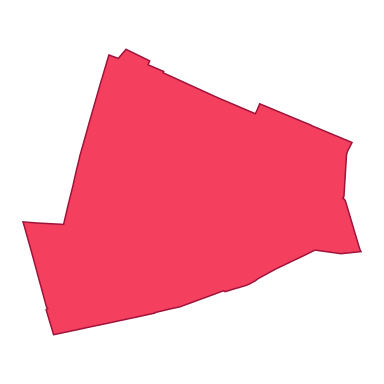 Cazasu, Braila, Romania
{"feature_id": "2599482B82277665245942", "entity_name": "Cazasu", "entity_type": "district", "adm_level": 2, "iso_a3": "ROU", "parent_name": "Romania", "parent_adm1": "Braila", "projection": "natural_earth1", "projection_center": [27.883, 45.271], "detail": "fine", "context": "isolated", "style": "filled", "palette": "rose", "viewbox_px": 384, "rotation_deg": 0, "n_neighbors": 0, "source": "geoboundaries", "source_scale": "gbopen_adm2", "svg_char_len": 1338}
<svg xmlns="http://www.w3.org/2000/svg" viewBox="0 0 384 384"><path d="M361.0,251.6L360.1,250.0L359.5,248.0L358.8,246.0L353.1,226.8L346.4,204.2L345.4,200.9L345.0,200.1L344.4,199.4L343.7,198.8L343.0,198.6L343.0,197.8L343.4,197.7L343.6,197.3L343.8,196.6L343.9,196.3L344.0,195.6L346.5,155.3L347.0,152.9L348.0,150.4L352.0,142.5L331.9,134.1L320.4,129.3L311.8,125.7L311.4,125.4L310.8,125.0L305.4,122.8L304.3,122.4L301.2,121.1L291.6,117.1L259.7,103.8L257.0,110.3L255.3,113.7L223.6,100.2L220.0,98.7L214.0,96.0L163.1,72.8L163.7,71.5L148.1,64.8L149.7,60.9L126.0,49.3L118.3,58.4L108.9,55.0L101.9,78.6L100.5,83.2L97.4,94.0L94.3,104.8L92.8,110.1L89.5,121.5L85.8,134.8L79.5,157.1L79.5,157.7L76.5,169.7L72.8,186.3L71.7,190.6L67.6,207.1L63.6,224.4L54.1,223.9L40.7,223.2L34.4,222.8L23.0,221.9L24.3,226.2L31.3,251.2L38.9,279.1L46.5,307.0L47.7,308.5L46.1,309.6L47.4,314.0L53.6,334.7L54.1,334.6L57.0,334.0L58.9,333.6L64.6,332.4L65.6,332.2L86.5,327.7L113.5,322.0L125.6,319.4L141.1,316.1L154.8,313.1L155.4,312.5L169.1,309.2L179.7,306.9L183.0,305.7L197.1,300.5L222.6,291.1L224.2,290.9L225.1,291.7L236.4,288.2L238.3,287.8L241.0,286.9L246.0,285.4L249.4,284.1L250.1,283.5L254.5,281.3L258.7,278.3L276.1,268.8L291.2,261.6L303.5,255.8L315.0,250.1L326.6,251.7L331.0,252.3L340.8,253.7L343.0,253.5L361.0,251.6Z" fill="#f43f5e" stroke="#9f1239" stroke-width="1.5"/></svg>